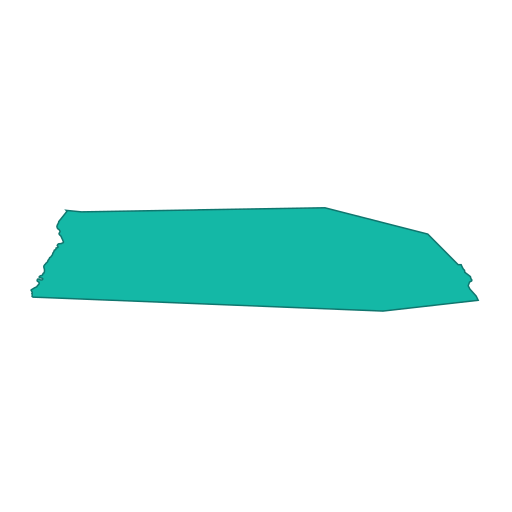 outline of Machinda, Litoral, Equatorial Guinea, rotated 272°
{"feature_id": "11065452B59369715507709", "entity_name": "Machinda", "entity_type": "district", "adm_level": 2, "iso_a3": "GNQ", "parent_name": "Equatorial Guinea", "parent_adm1": "Litoral", "projection": "natural_earth1", "projection_center": [9.965, 1.936], "detail": "fine", "context": "isolated", "style": "filled", "palette": "teal", "viewbox_px": 512, "rotation_deg": 272, "n_neighbors": 0, "source": "geoboundaries", "source_scale": "gbopen_adm2", "svg_char_len": 2639}
<svg xmlns="http://www.w3.org/2000/svg" viewBox="0 0 512 512"><g transform="rotate(272 256 256)"><path d="M219.5,479.6L220.9,478.9L223.7,477.4L226.7,474.5L230.1,471.2L230.3,471.0L233.1,469.4L233.3,469.3L233.4,469.2L233.6,469.2L233.8,469.2L234.1,469.2L237.0,470.2L237.1,470.3L237.3,470.3L237.4,470.5L237.6,470.6L237.8,470.9L238.5,472.3L239.5,472.6L240.7,471.7L240.9,471.6L241.1,471.5L242.9,471.0L244.8,468.4L246.7,465.7L246.8,465.6L246.9,465.4L247.1,465.4L247.2,465.2L247.4,465.2L247.5,465.1L249.0,464.9L250.0,463.8L250.2,463.7L250.3,463.5L253.4,461.8L253.5,461.8L254.5,461.3L254.4,458.3L283.9,426.9L306.6,323.2L300.1,196.5L300.0,195.9L294.0,80.0L294.9,65.9L295.0,64.7L294.8,64.9L294.0,65.4L293.0,64.7L291.6,63.7L288.5,61.4L283.6,57.7L282.1,57.4L279.9,56.3L278.5,56.0L277.4,56.3L276.4,56.8L276.1,57.3L275.8,57.8L275.3,58.4L274.4,59.0L273.8,59.3L273.2,59.2L272.5,58.8L271.7,58.4L271.3,58.4L270.6,58.7L270.1,59.2L269.6,59.8L269.3,60.1L268.5,60.7L267.9,60.9L267.5,61.1L266.9,61.4L266.5,61.6L266.0,61.9L265.4,62.2L264.6,62.5L264.3,62.6L263.8,63.0L263.1,63.1L262.7,62.9L262.5,62.6L262.3,62.3L262.2,61.8L261.7,61.2L261.6,60.6L261.5,59.8L261.4,58.9L261.2,58.1L260.7,57.6L260.3,57.3L260.1,57.2L259.8,57.1L259.4,57.0L259.2,57.2L258.9,57.5L258.3,57.8L258.0,57.8L257.7,57.7L257.4,57.4L257.4,57.0L257.3,56.9L257.1,56.2L257.0,55.9L256.7,55.9L256.1,55.8L255.7,55.7L255.3,55.4L255.1,55.0L255.0,54.6L254.7,54.2L253.5,53.9L252.9,53.6L252.0,53.0L251.4,52.8L250.5,52.6L249.3,52.0L248.8,51.5L247.9,51.0L247.2,49.9L246.6,49.6L245.7,49.3L245.0,48.7L244.2,48.2L243.1,48.0L242.0,47.0L241.3,46.2L240.5,45.8L240.0,45.2L238.7,44.4L238.1,44.3L237.3,44.4L236.8,44.5L236.0,44.8L235.3,45.0L234.4,45.1L233.2,45.1L232.6,45.0L231.7,44.7L231.5,44.2L231.2,43.9L230.5,43.6L229.8,43.4L229.2,42.8L229.0,42.1L228.8,41.4L228.4,40.8L228.0,40.3L227.5,40.0L227.3,40.0L227.2,40.1L227.0,40.4L226.9,40.6L226.7,41.4L226.6,41.7L226.5,42.1L226.5,42.5L226.4,43.0L226.2,43.4L226.1,43.5L225.9,43.7L225.1,43.6L224.8,43.3L224.7,43.1L224.7,42.9L224.5,42.1L224.6,41.3L224.9,40.8L225.2,40.2L225.4,39.6L225.4,39.3L225.4,38.9L225.2,38.5L225.0,38.4L224.5,38.2L223.8,38.1L223.4,38.2L223.1,38.5L222.9,38.9L222.4,39.6L222.2,40.0L221.6,40.2L220.9,40.3L220.1,39.8L218.4,38.4L218.2,38.3L217.5,37.9L217.3,37.4L217.0,36.8L216.5,35.8L216.2,35.3L215.5,34.4L215.2,33.8L214.5,32.8L214.1,32.4L213.7,32.5L213.2,32.9L212.8,33.2L212.2,33.4L211.5,33.7L211.1,33.7L210.9,33.6L210.6,33.3L210.2,33.5L209.9,33.6L209.4,33.7L209.2,33.7L208.8,33.7L208.3,33.7L207.8,33.6L207.1,34.6L207.1,34.9L207.1,43.3L207.1,45.9L206.2,224.6L205.8,303.6L205.4,384.8L219.5,479.6Z" fill="#14b8a6" stroke="#0f766e" stroke-width="1.5"/></g></svg>